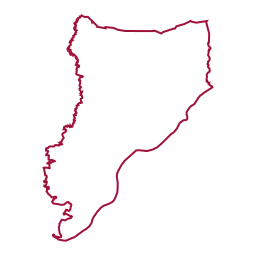 Paso de los Libres, Corrientes, Argentina (Mercator projection)
{"feature_id": "61730980B64755596751827", "entity_name": "Paso de los Libres", "entity_type": "district", "adm_level": 2, "iso_a3": "ARG", "parent_name": "Argentina", "parent_adm1": "Corrientes", "projection": "mercator", "projection_center": [-57.461, -29.678], "detail": "fine", "context": "isolated", "style": "outline", "palette": "rose", "viewbox_px": 256, "rotation_deg": 0, "n_neighbors": 0, "source": "geoboundaries", "source_scale": "gbopen_adm2", "svg_char_len": 5490}
<svg xmlns="http://www.w3.org/2000/svg" viewBox="0 0 256 256"><path d="M51.8,200.9L52.8,203.0L53.8,203.5L62.1,204.9L64.1,204.5L66.9,202.3L68.6,202.1L69.3,203.4L70.6,203.6L71.3,204.8L71.3,205.5L70.6,207.1L70.3,209.7L68.8,211.0L67.4,210.3L67.3,209.9L66.0,209.8L65.7,210.2L65.6,211.1L63.6,213.6L64.1,214.5L65.3,213.5L69.8,215.7L70.5,216.6L71.6,216.1L71.9,216.5L70.8,218.1L69.8,218.1L69.1,218.6L67.9,218.8L64.9,220.4L63.1,219.9L61.7,219.9L61.1,220.6L60.6,222.0L59.3,223.9L59.6,225.4L58.8,227.1L59.6,233.1L61.3,235.7L61.1,237.0L59.8,237.3L55.6,236.5L54.7,236.2L54.1,234.8L53.6,234.5L53.0,234.8L52.9,235.3L53.3,236.0L53.9,236.6L57.5,238.6L58.4,239.5L63.9,240.6L66.2,240.6L71.6,238.2L74.5,237.2L83.4,230.6L85.9,229.2L89.2,226.4L91.4,223.3L92.4,219.5L94.0,216.3L95.0,215.2L97.0,212.1L101.2,207.4L103.8,205.7L108.5,204.0L112.1,202.1L114.0,200.2L115.2,198.0L117.3,192.3L117.7,186.7L117.7,182.7L116.8,176.5L117.0,173.9L118.0,171.4L121.3,165.3L124.5,160.9L136.1,150.5L139.1,150.2L146.2,151.0L147.8,150.9L153.1,149.4L157.6,147.0L161.8,143.3L171.4,133.8L173.6,132.5L176.8,128.7L179.8,122.8L183.4,120.3L186.1,120.0L186.7,119.6L187.3,118.6L187.4,117.4L186.6,114.1L186.6,112.0L189.3,107.9L190.7,106.4L194.4,104.0L198.6,97.5L200.5,95.3L202.0,94.5L203.4,93.1L212.4,87.4L211.9,86.2L210.3,85.6L209.4,84.7L209.5,84.1L209.1,83.7L209.2,83.0L208.4,83.4L208.1,82.3L206.6,81.5L206.5,81.1L207.1,80.6L206.5,79.3L207.0,76.8L206.7,74.8L207.8,72.8L209.6,71.6L209.7,71.2L209.5,68.5L208.5,67.8L207.9,66.4L208.6,65.1L207.5,64.0L208.0,63.0L208.0,61.7L209.0,61.1L209.7,59.1L209.7,58.2L208.1,55.1L208.8,51.7L208.5,50.8L209.0,50.5L209.0,49.5L210.0,49.4L210.5,48.4L210.4,47.8L208.6,46.0L208.0,43.5L208.4,42.6L208.9,42.6L209.2,33.7L206.2,22.2L206.9,21.0L196.3,22.7L191.4,21.6L190.7,20.9L184.2,24.1L176.4,26.3L175.1,28.5L174.0,28.5L163.0,32.1L161.3,33.5L154.7,30.7L153.4,30.8L153.4,31.1L125.1,31.0L118.0,29.8L113.4,27.9L105.5,27.1L105.6,28.3L97.5,26.8L97.7,26.6L92.8,21.6L92.2,22.4L91.6,20.4L88.7,17.8L87.9,16.8L84.7,17.0L81.5,15.4L80.8,16.4L79.9,16.5L80.2,17.3L79.9,17.7L78.0,18.2L78.0,18.8L77.5,18.9L77.5,19.4L77.0,19.8L77.7,20.2L77.3,20.6L77.3,21.2L76.7,21.3L76.7,21.6L76.1,21.6L75.8,22.0L76.1,22.4L74.9,22.7L74.3,23.5L74.6,23.9L75.4,23.4L75.4,24.3L75.7,24.4L75.6,25.7L75.9,25.7L75.7,26.6L75.1,26.4L74.6,27.2L75.5,27.6L75.3,28.1L74.7,28.1L75.0,28.7L74.9,28.9L74.3,28.4L74.1,28.6L74.7,29.8L75.5,29.5L75.6,30.0L76.1,30.2L75.6,30.4L75.7,30.7L76.3,30.8L75.8,32.1L76.0,32.3L75.2,33.2L75.6,33.5L75.7,34.3L74.5,34.6L73.8,36.4L73.3,36.2L73.3,37.7L72.8,38.1L72.6,38.0L71.5,39.2L71.6,39.8L72.3,40.1L71.5,40.4L71.6,41.1L70.4,41.4L70.8,40.8L70.0,41.5L70.0,42.0L70.9,42.0L70.3,43.5L70.8,44.2L70.7,45.1L69.0,46.3L68.8,46.8L69.2,47.6L68.9,47.8L68.2,47.6L67.6,48.3L68.3,49.4L67.7,49.7L68.1,50.2L68.1,50.7L69.3,50.6L68.9,50.1L69.3,49.6L70.6,49.9L70.7,50.8L70.5,51.2L71.0,52.0L70.3,52.3L69.5,52.1L69.5,52.4L70.1,53.7L70.3,53.2L70.1,52.6L70.4,52.6L70.6,54.0L71.2,54.1L71.7,53.5L72.3,53.5L72.6,54.0L72.1,54.6L73.5,54.4L73.3,55.5L74.7,55.2L76.0,56.5L76.1,57.3L76.7,57.5L76.6,57.9L75.9,57.9L76.4,58.9L77.0,58.8L77.8,59.5L78.0,61.4L77.2,63.2L77.0,63.3L76.7,62.6L76.5,63.0L77.0,63.8L76.4,63.9L75.8,64.9L76.7,65.6L77.0,65.6L77.1,65.1L78.7,65.4L79.2,66.2L78.7,67.1L78.4,67.1L78.3,66.6L77.8,66.7L76.8,68.2L76.7,69.2L76.4,69.5L76.9,70.4L76.5,71.5L76.6,72.6L76.2,73.9L76.3,74.3L79.3,75.4L79.8,75.9L81.2,75.7L82.8,76.5L82.6,76.9L80.6,77.3L79.3,78.8L79.3,79.2L79.9,80.2L79.1,80.2L80.3,82.4L80.1,83.9L79.5,84.8L79.6,85.8L80.0,86.5L80.9,86.9L80.9,87.4L79.4,88.9L80.9,91.9L82.2,91.6L82.1,92.2L80.9,92.6L80.4,93.5L81.3,94.2L81.4,95.2L81.1,95.3L81.7,95.6L82.2,97.3L82.3,98.0L82.0,98.3L80.7,98.9L80.8,100.7L81.8,102.6L80.7,103.0L79.7,102.9L78.2,103.8L78.0,104.4L78.5,105.1L77.9,105.5L76.6,105.6L76.8,107.9L76.2,108.9L75.6,108.7L75.2,109.0L75.5,109.8L75.1,110.7L75.6,110.9L76.5,112.8L76.4,113.1L75.8,112.9L75.7,113.5L75.0,114.0L75.6,115.1L73.8,115.2L74.5,117.6L74.9,118.1L74.0,119.4L74.5,119.9L73.8,120.1L73.8,120.4L74.5,120.3L74.8,120.9L73.9,122.0L74.1,122.8L73.5,122.9L73.0,123.4L72.7,124.5L72.9,124.9L72.4,125.5L72.4,126.0L71.8,126.0L72.1,126.7L71.7,126.8L71.5,126.5L70.8,126.8L70.4,126.0L70.3,126.9L69.9,127.1L69.5,126.7L69.1,125.8L68.4,125.8L67.9,126.2L67.9,125.5L67.6,125.4L66.1,126.5L65.7,126.2L64.1,127.0L64.0,127.5L64.3,128.0L63.6,129.3L64.3,129.4L64.6,128.7L66.2,130.2L65.6,131.9L63.0,133.3L62.6,133.8L62.3,135.0L63.7,137.9L61.8,140.7L61.3,142.7L60.5,142.2L59.9,142.4L61.4,143.2L62.0,144.2L61.3,144.5L60.6,143.8L59.6,144.1L59.7,144.8L58.9,144.9L58.8,145.5L56.0,145.0L54.9,145.3L54.2,146.4L53.8,146.5L49.7,146.4L48.8,147.0L48.1,148.0L46.3,148.2L46.1,148.5L46.0,150.5L47.6,150.6L48.1,151.2L47.4,153.2L46.2,154.5L46.1,155.0L46.2,155.3L47.8,155.1L48.9,155.4L49.0,156.2L48.5,157.2L48.8,157.8L48.5,158.5L48.6,159.5L49.5,159.9L51.9,160.0L54.6,160.9L54.8,161.2L53.2,161.7L52.3,161.6L50.9,162.9L49.6,161.7L47.5,163.0L47.4,163.4L49.1,163.7L49.4,164.1L49.4,166.3L49.7,168.1L49.3,168.3L47.1,167.7L44.2,167.6L43.6,167.9L44.2,169.1L44.3,170.9L44.9,172.8L45.1,174.9L45.3,175.3L46.4,175.5L46.8,177.3L46.7,177.8L46.1,178.3L45.6,180.1L44.0,181.3L44.1,181.8L44.7,182.2L45.8,181.5L46.6,181.5L46.9,182.0L45.9,185.2L45.7,185.6L44.3,185.5L44.2,186.2L44.9,186.7L47.5,187.2L48.4,186.8L48.9,188.0L48.8,188.9L48.0,188.9L47.6,188.0L47.1,187.9L46.9,188.5L47.2,190.2L46.5,191.2L48.4,194.0L49.9,195.2L51.1,196.7L52.2,197.5L55.3,196.6L56.0,196.8L56.2,197.1L55.8,198.3L54.4,198.2L54.1,198.5L53.9,199.6L52.8,200.2L52.5,201.5L51.8,200.9Z" fill="none" stroke="#9f1239" stroke-width="2"/></svg>